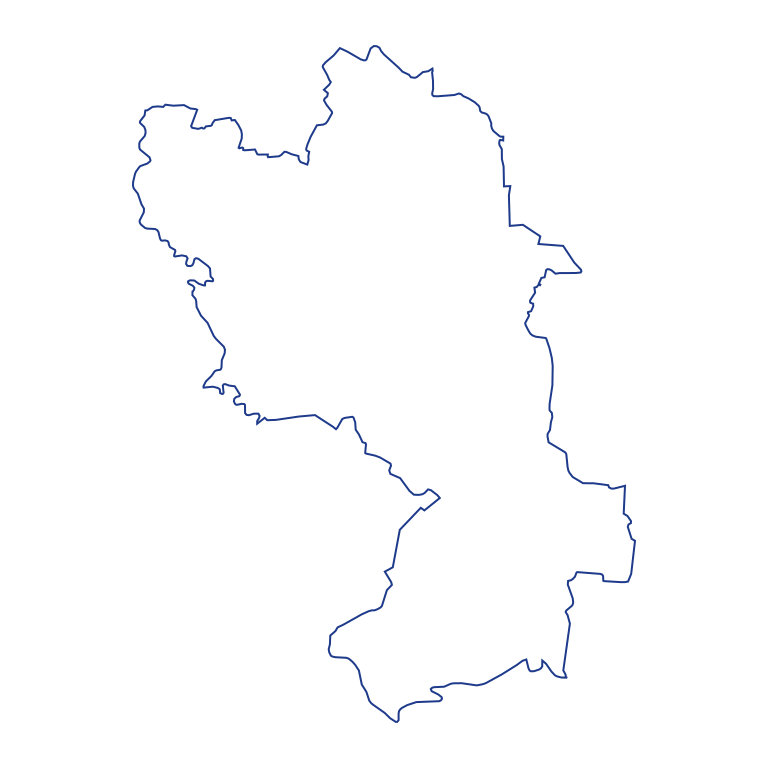 the district of Dong Son, Thanh Hóa, Vietnam
{"feature_id": "81297802B98540731986743", "entity_name": "Dong Son", "entity_type": "district", "adm_level": 2, "iso_a3": "VNM", "parent_name": "Vietnam", "parent_adm1": "Thanh Hóa", "projection": "mercator", "projection_center": [105.69, 19.795], "detail": "fine", "context": "isolated", "style": "outline", "palette": "blue", "viewbox_px": 768, "rotation_deg": 0, "n_neighbors": 0, "source": "geoboundaries", "source_scale": "gbopen_adm2", "svg_char_len": 6067}
<svg xmlns="http://www.w3.org/2000/svg" viewBox="0 0 768 768"><path d="M503.3,136.7L500.7,136.7L499.5,136.1L493.5,131.1L492.0,128.7L491.2,125.8L491.3,123.3L490.4,121.0L488.6,116.3L487.2,114.5L485.4,113.5L481.6,112.4L480.2,110.9L479.6,107.3L478.7,105.8L474.7,102.2L468.3,98.3L463.4,96.2L461.1,94.2L458.9,93.5L454.4,95.0L437.5,96.3L433.5,96.1L432.3,94.8L432.2,93.3L433.1,89.1L433.0,80.9L432.1,72.3L432.7,70.8L432.4,68.6L428.3,71.2L422.9,72.1L416.8,77.1L414.9,77.8L411.0,77.3L408.9,74.7L402.5,71.7L398.8,67.8L383.9,54.4L381.0,50.9L379.5,47.8L376.9,46.3L375.2,46.1L373.7,46.1L370.6,48.5L366.6,59.2L365.7,60.2L364.0,60.4L360.8,59.4L347.5,51.7L339.9,48.1L333.6,55.5L325.7,62.2L323.0,65.3L322.7,66.7L323.2,67.9L327.1,74.8L329.3,80.0L330.8,82.0L329.3,84.6L323.9,89.8L327.9,93.2L327.2,96.4L324.6,98.6L324.0,100.4L326.5,104.8L331.9,111.7L332.1,113.1L327.8,120.8L325.8,123.4L323.2,124.6L316.9,125.3L310.6,136.9L307.5,144.4L306.1,149.1L306.6,150.5L309.2,151.8L308.3,156.5L308.6,160.0L307.3,164.6L300.5,162.0L298.8,159.4L298.4,156.0L291.8,154.3L286.2,151.9L284.4,151.8L281.2,155.0L278.9,156.3L268.1,157.2L267.7,156.4L267.8,154.5L258.5,154.6L257.3,154.2L255.0,149.5L244.7,150.3L243.2,150.0L243.2,148.1L242.2,147.5L239.4,148.3L238.6,147.8L241.7,138.6L241.9,134.4L241.2,130.5L238.3,124.9L234.8,120.0L231.7,120.4L230.7,118.0L229.0,117.8L214.7,120.2L212.5,123.2L211.9,125.0L210.9,125.8L205.9,126.4L204.4,128.4L203.1,128.5L201.8,127.7L198.2,128.9L192.2,127.8L191.1,126.2L197.2,109.8L195.8,109.1L190.4,108.5L184.0,105.1L173.3,105.7L165.4,104.7L163.2,106.9L158.0,106.4L152.5,106.9L147.4,110.3L145.3,110.5L144.6,115.4L140.1,121.2L139.9,122.5L140.4,123.3L144.2,126.9L145.4,129.9L145.6,132.9L144.7,136.0L140.0,141.5L139.3,143.4L139.3,147.6L140.0,149.5L149.6,157.4L150.5,160.4L150.0,161.4L147.4,163.5L140.6,166.0L139.5,166.8L136.0,171.6L135.0,174.0L133.1,182.1L133.0,185.7L133.7,188.4L137.8,193.6L141.5,204.4L144.0,208.6L143.8,212.3L139.6,220.6L139.8,222.7L140.9,224.5L145.1,228.0L147.2,228.6L155.0,229.0L157.3,230.2L158.5,232.1L160.0,238.4L160.9,240.2L162.0,240.7L165.0,240.4L167.5,241.0L168.6,242.5L168.9,244.7L170.0,247.1L175.1,250.0L175.4,251.2L174.1,255.2L174.2,256.2L175.0,256.5L182.0,255.4L186.3,256.3L187.6,258.4L186.3,261.9L186.1,264.0L187.5,265.9L190.5,266.1L192.3,265.2L193.4,263.3L194.4,259.3L195.9,258.2L198.4,258.8L208.0,266.1L210.0,268.5L210.6,276.5L213.0,279.0L213.1,280.8L212.5,281.3L207.6,280.8L206.2,281.2L205.1,282.6L205.0,285.4L204.0,285.5L198.9,283.8L194.3,280.5L190.1,280.3L188.2,281.2L187.9,282.1L188.7,283.7L192.9,285.8L194.3,287.6L194.2,289.2L193.1,291.2L192.5,291.5L192.4,295.2L195.5,298.8L196.2,301.2L196.6,307.0L201.0,315.7L207.6,322.9L213.7,335.9L216.0,338.9L223.8,346.7L225.0,349.8L224.6,353.5L221.8,360.2L221.5,367.5L221.0,368.9L220.4,369.7L216.3,370.4L214.6,371.4L211.4,376.0L205.9,381.4L203.5,386.1L203.6,387.6L212.9,386.7L217.6,387.9L219.4,388.9L219.8,389.7L220.2,393.1L222.0,394.0L223.2,393.6L223.6,392.6L222.8,385.6L223.6,384.4L225.2,384.1L229.3,385.6L234.8,386.3L240.0,394.7L239.3,396.2L236.2,397.0L234.3,398.8L233.9,401.3L234.9,403.7L236.1,404.7L237.1,404.8L241.7,403.8L244.4,404.1L245.0,405.0L245.1,413.1L246.6,414.9L248.9,415.2L253.8,413.7L258.4,413.7L259.6,415.9L259.1,417.9L257.2,421.1L257.2,423.7L264.7,417.8L267.3,420.2L275.8,419.9L299.1,416.5L315.0,415.1L333.0,426.8L336.0,429.2L337.3,427.8L342.3,419.0L344.7,417.9L352.3,416.8L353.5,417.5L355.2,422.3L355.7,429.7L358.9,434.4L362.5,442.2L365.5,443.1L366.0,444.1L365.2,453.0L366.1,453.6L375.0,455.6L379.9,457.4L390.5,463.6L391.0,465.7L389.2,470.4L390.4,473.9L400.1,478.1L409.5,490.9L413.9,494.7L418.9,494.9L422.5,494.2L424.6,493.0L428.1,489.4L430.9,490.2L437.2,495.0L439.8,498.0L424.4,510.4L420.8,507.8L399.8,529.8L392.8,567.3L384.8,571.6L391.2,582.1L391.9,584.9L386.9,590.1L381.9,606.0L380.5,607.5L377.5,609.2L374.6,610.3L371.5,610.4L368.5,611.3L361.8,614.3L343.1,624.8L337.6,627.4L335.4,631.1L330.3,635.5L329.9,644.4L328.7,649.2L329.3,652.5L330.9,655.7L332.5,656.6L335.3,657.2L346.4,657.8L348.8,658.7L352.2,661.5L355.1,664.7L358.9,670.5L361.8,684.6L366.4,691.9L369.3,700.7L371.2,703.2L373.2,704.8L384.7,712.9L390.1,718.2L395.6,721.8L397.2,721.9L398.6,720.2L398.6,713.5L399.0,711.2L400.1,709.5L401.8,708.0L407.2,705.1L416.3,702.1L439.2,701.2L440.9,700.4L442.0,698.7L441.6,697.1L438.3,694.5L431.7,691.2L430.8,689.0L432.1,687.8L433.9,687.2L444.2,686.7L451.0,683.7L453.7,683.3L461.6,683.2L476.8,685.4L482.4,684.3L485.5,683.3L501.8,674.4L516.8,665.0L522.5,660.8L526.3,659.5L528.5,668.3L529.6,670.5L530.9,671.3L534.1,671.2L539.4,669.4L540.9,668.3L542.2,666.5L542.3,660.5L546.0,663.7L551.4,671.5L555.0,675.3L556.8,676.3L561.2,677.5L567.2,677.7L565.7,677.0L565.6,674.6L563.3,670.4L569.9,623.6L567.6,615.2L565.7,612.1L566.2,610.6L572.2,605.5L573.1,603.4L573.1,601.7L572.7,598.3L567.8,584.6L568.1,580.9L570.9,580.3L572.9,578.9L575.0,576.6L576.5,572.6L577.1,572.1L600.3,573.9L602.2,574.6L603.1,576.0L603.3,580.8L603.8,581.1L620.0,582.1L625.1,582.1L628.1,581.5L631.2,573.8L635.0,540.8L631.6,538.8L627.8,526.9L628.5,524.5L630.9,523.1L631.0,521.1L627.5,516.0L623.7,513.7L625.0,485.8L613.9,488.6L611.4,488.6L609.0,487.4L608.3,485.2L593.7,483.3L583.0,483.2L572.7,477.0L569.6,473.0L568.4,470.7L567.6,467.1L566.3,454.2L565.4,452.5L548.6,442.3L547.5,436.3L547.6,434.0L550.0,429.9L550.9,422.3L552.3,417.2L551.9,413.0L549.7,410.5L549.5,409.2L549.6,404.0L552.4,385.3L552.7,365.9L551.8,357.9L549.5,348.2L546.2,338.5L545.6,338.0L535.7,336.7L532.4,335.4L530.2,333.5L528.1,329.9L525.5,324.8L525.2,323.0L528.8,316.3L529.0,314.9L527.9,313.2L528.0,312.1L531.1,311.2L533.3,306.2L533.1,303.7L530.5,302.8L530.1,302.2L530.1,300.4L535.1,292.7L534.4,287.6L536.7,287.0L538.7,284.7L540.0,285.2L540.3,284.6L538.8,283.8L541.4,277.9L544.6,277.3L546.2,270.0L547.4,269.2L549.3,269.3L551.6,270.4L555.5,273.7L559.3,273.1L575.8,273.0L580.7,272.5L581.4,271.3L581.0,269.7L574.3,262.6L563.2,245.9L538.4,244.0L540.3,236.4L522.9,224.8L509.8,225.9L508.9,195.4L510.3,186.1L504.0,186.4L503.6,166.5L501.9,159.0L501.8,149.1L499.4,144.9L499.2,142.6L499.7,140.2L500.5,139.9L503.2,140.5L503.3,136.7Z" fill="none" stroke="#1e3a8a" stroke-width="2"/></svg>